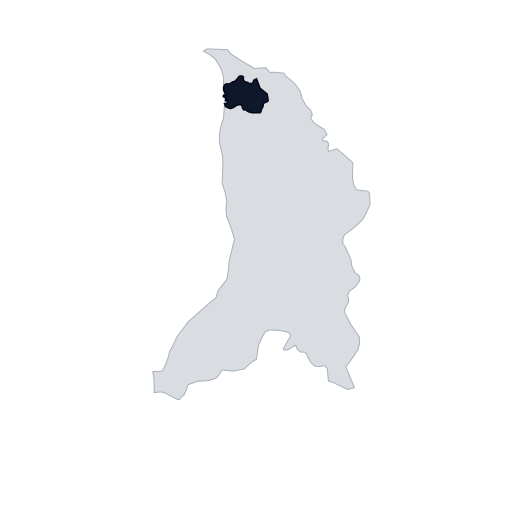 Edineţ highlighted on a map of Moldova, rotated 32°
{"feature_id": "MDA-1615", "entity_name": "Edineţ", "entity_type": "District", "adm_level": 1, "iso_a3": "MDA", "parent_name": "Moldova", "parent_adm1": "", "projection": "equal_earth", "projection_center": [27.238, 48.122], "detail": "fine", "context": "in_parent", "style": "filled", "palette": "ink", "viewbox_px": 512, "rotation_deg": 32, "n_neighbors": 0, "source": "natural_earth", "source_scale": "10m", "svg_char_len": 2775}
<svg xmlns="http://www.w3.org/2000/svg" viewBox="0 0 512 512"><g transform="rotate(32 256 256)"><path d="M102.8,110.2L104.6,106.4L122.5,96.1L127.1,97.8L136.4,98.2L155.3,97.8L164.7,91.1L170.4,93.0L175.1,89.9L183.0,86.1L184.1,86.9L185.1,87.5L197.2,89.2L206.3,92.9L212.4,98.5L218.7,102.0L225.2,103.4L228.8,106.2L229.5,110.5L235.6,112.6L247.0,112.5L251.9,115.4L250.2,121.1L251.4,122.9L255.4,121.0L258.5,122.7L260.1,126.9L262.0,128.9L267.7,122.3L273.9,123.0L288.8,125.7L296.9,139.4L301.9,144.4L306.2,146.4L311.7,144.2L316.5,141.7L319.3,142.9L325.5,152.0L327.0,164.0L327.0,168.8L325.0,176.9L322.0,185.6L319.7,191.2L320.8,195.7L323.0,199.5L326.5,200.8L338.2,208.5L342.6,213.8L348.9,217.8L353.7,218.0L356.2,220.2L357.1,222.9L356.5,229.7L353.9,236.2L354.4,240.3L358.6,245.2L359.2,250.9L359.5,254.6L361.8,257.4L372.5,263.7L386.4,269.8L390.0,275.0L392.2,281.6L391.7,292.7L391.0,302.4L409.2,315.5L407.2,317.9L404.5,320.6L387.2,322.6L383.7,323.7L376.1,313.8L372.1,312.6L368.4,316.2L364.1,318.2L358.9,317.2L353.2,314.2L350.4,312.0L348.1,311.8L344.6,313.9L340.0,313.0L336.9,310.6L332.6,318.9L329.9,320.7L328.3,320.4L327.8,306.2L326.5,304.1L323.0,303.8L314.6,307.1L306.6,311.5L303.9,315.4L304.3,322.3L305.5,330.7L311.1,343.4L308.2,348.9L306.1,357.7L297.6,365.8L287.9,370.5L287.2,380.2L281.8,386.8L272.6,393.4L266.4,401.3L268.0,406.8L268.5,412.0L267.4,415.5L267.2,418.2L264.8,419.4L250.6,420.4L246.6,422.1L242.0,425.9L237.6,418.7L233.1,412.4L229.8,409.0L231.2,407.4L234.7,405.6L237.3,403.5L236.9,396.0L235.0,387.3L233.3,383.2L233.1,376.6L231.8,366.5L233.4,347.6L240.3,324.0L244.2,312.3L242.2,305.9L243.6,290.9L240.5,283.5L235.7,273.9L228.8,253.0L220.3,245.7L209.8,237.7L205.3,231.7L202.2,225.0L196.0,218.4L188.8,212.4L180.3,197.3L175.8,190.5L174.5,188.7L164.7,179.0L159.6,170.3L157.0,163.1L155.5,156.5L148.7,143.5L142.5,133.7L136.7,126.7L134.0,121.8L127.1,115.6L117.3,110.6L110.9,109.8L102.8,110.2Z" fill="#d9dde1" stroke="#a8b0b8" stroke-width="1"/><path d="M143.9,138.3L143.7,138.0L143.5,137.6L143.4,137.2L143.3,136.8L145.0,136.1L145.0,135.2L142.8,134.1L140.7,132.5L139.2,130.4L138.6,127.7L138.8,127.1L139.7,126.0L139.8,125.5L140.5,125.4L142.5,123.9L143.8,120.9L145.6,118.9L146.2,115.8L146.5,112.5L148.6,110.7L150.6,110.9L151.6,113.0L154.1,114.2L156.6,113.3L159.4,113.1L161.6,111.4L161.0,107.8L162.5,105.4L170.4,111.5L179.6,112.7L183.3,116.8L184.1,118.3L183.5,119.5L181.4,122.6L182.8,125.6L182.9,128.3L183.7,131.1L183.7,132.2L176.8,136.6L173.4,137.7L171.5,137.7L169.7,137.5L168.2,138.6L166.0,137.7L164.4,135.6L161.9,136.3L159.6,138.6L158.3,141.8L156.5,144.3L154.1,145.1L151.7,145.3L151.0,145.4L151.0,145.2L150.5,144.9L148.6,143.6L149.7,142.8L150.3,141.9L150.2,140.8L149.2,139.9L148.0,140.4L147.2,138.9L146.1,137.5L143.9,138.3Z" fill="#0f172a" stroke="#020617" stroke-width="1.5"/></g></svg>